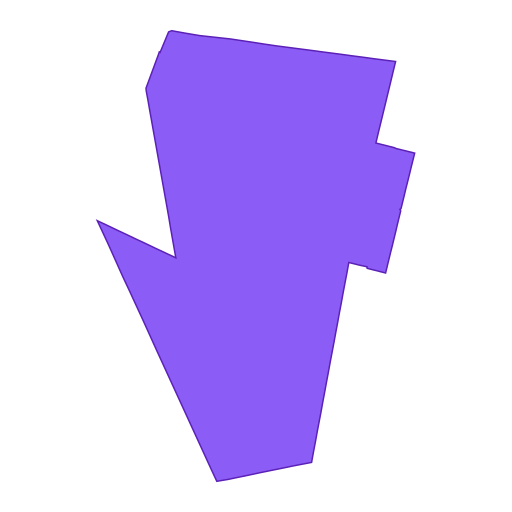 Tonanitla, México, Mexico
{"feature_id": "50627088B85888677914185", "entity_name": "Tonanitla", "entity_type": "district", "adm_level": 2, "iso_a3": "MEX", "parent_name": "Mexico", "parent_adm1": "México", "projection": "mercator", "projection_center": [-99.056, 19.68], "detail": "fine", "context": "isolated", "style": "filled", "palette": "violet", "viewbox_px": 512, "rotation_deg": 0, "n_neighbors": 0, "source": "geoboundaries", "source_scale": "gbopen_adm2", "svg_char_len": 1799}
<svg xmlns="http://www.w3.org/2000/svg" viewBox="0 0 512 512"><path d="M216.8,481.3L228.2,479.4L235.3,477.9L248.9,475.1L249.8,474.9L259.6,472.8L269.4,470.8L279.3,468.8L289.1,466.8L291.8,466.2L301.7,464.3L311.6,462.4L313.5,451.8L315.4,441.9L317.2,431.9L319.1,421.9L321.0,412.0L322.8,402.0L324.7,392.0L326.5,382.1L328.4,372.1L330.2,362.2L332.1,352.2L334.0,342.2L335.8,332.3L337.7,322.3L339.5,312.3L341.4,302.4L343.2,292.4L345.1,282.4L347.0,272.5L348.8,262.5L359.7,265.2L367.1,266.8L367.0,268.1L367.8,268.5L385.6,273.0L385.7,272.5L386.2,270.5L386.3,270.2L386.8,268.0L386.9,267.8L387.4,265.5L388.0,263.0L388.5,261.1L388.6,260.6L389.2,258.2L390.4,253.2L392.2,246.1L393.9,239.1L395.6,232.1L397.3,224.8L399.1,217.4L400.7,210.9L399.9,209.3L401.0,208.7L404.1,196.1L405.8,188.9L407.6,181.8L409.4,174.6L411.1,167.5L412.4,162.4L412.9,160.3L414.7,153.1L395.7,148.4L394.8,147.8L375.9,143.0L378.5,132.0L381.2,121.0L383.6,111.1L386.0,101.2L388.4,91.3L390.8,81.4L393.2,71.4L395.6,61.5L384.7,60.1L373.8,58.7L362.9,57.2L352.0,55.8L341.1,54.3L330.3,52.9L319.4,51.5L319.0,51.4L308.3,50.0L297.5,48.6L286.7,47.2L275.9,45.8L264.4,44.1L252.9,42.3L241.5,40.6L230.0,38.9L219.9,37.8L209.9,36.7L199.8,35.6L183.8,32.9L171.7,30.7L168.6,31.9L168.1,33.1L160.1,52.4L159.3,51.9L158.3,54.9L156.4,60.0L154.2,66.0L150.1,77.1L146.0,88.2L146.1,89.3L146.2,90.8L148.0,100.5L149.7,110.3L150.8,116.4L151.6,120.9L153.5,131.6L155.4,142.2L157.3,152.9L159.2,163.5L161.1,174.2L163.0,184.8L164.9,195.5L166.8,206.1L168.7,216.8L170.4,227.1L172.2,237.3L174.0,247.6L175.8,257.8L166.0,253.2L156.2,248.6L146.4,243.9L136.5,239.3L126.7,234.6L116.9,230.0L107.1,225.3L97.3,220.7L108.6,245.0L122.8,276.7L129.3,290.5L133.3,299.2L143.5,321.3L156.9,350.9L183.7,409.3L211.3,469.5L211.9,470.8L216.8,481.3Z" fill="#8b5cf6" stroke="#5b21b6" stroke-width="1.5"/></svg>